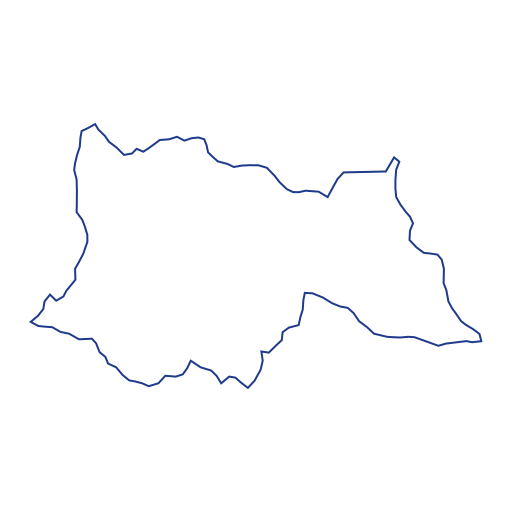 Pratânia, São Paulo, Brazil (Natural Earth projection)
{"feature_id": "56859067B76551238300478", "entity_name": "Pratânia", "entity_type": "district", "adm_level": 2, "iso_a3": "BRA", "parent_name": "Brazil", "parent_adm1": "São Paulo", "projection": "natural_earth1", "projection_center": [-48.692, -22.816], "detail": "fine", "context": "isolated", "style": "outline", "palette": "blue", "viewbox_px": 512, "rotation_deg": 0, "n_neighbors": 0, "source": "geoboundaries", "source_scale": "gbopen_adm2", "svg_char_len": 2032}
<svg xmlns="http://www.w3.org/2000/svg" viewBox="0 0 512 512"><path d="M481.3,341.2L479.5,334.0L473.2,329.2L465.8,324.8L461.0,321.0L456.2,313.9L452.0,308.2L448.4,301.4L446.3,290.0L443.6,283.2L443.9,268.7L441.7,259.6L437.5,254.6L430.2,253.5L423.9,252.9L416.6,247.5L409.5,240.0L410.0,230.7L413.0,223.3L410.0,216.7L405.8,211.9L400.4,204.6L396.2,197.1L395.4,188.6L395.4,180.4L396.2,169.7L399.3,161.7L394.1,157.4L385.8,171.5L343.6,172.4L337.6,178.9L334.2,185.0L327.6,197.1L318.7,191.7L305.5,190.7L299.4,192.1L293.1,192.1L286.9,189.2L279.5,182.1L274.7,175.9L266.9,167.8L258.5,165.3L249.7,165.2L241.6,165.6L233.9,167.0L227.6,164.0L217.7,161.3L212.9,157.0L208.1,152.4L206.6,145.3L204.2,139.2L198.4,137.5L191.6,138.2L184.4,140.6L177.0,136.8L169.1,139.3L159.8,140.0L154.2,144.2L148.2,148.5L143.3,151.7L136.6,148.8L132.0,153.5L124.0,154.9L116.5,147.5L108.9,141.7L105.0,136.0L98.4,129.6L95.1,124.1L87.7,128.2L81.6,131.1L80.4,138.0L79.8,146.7L77.1,154.9L75.0,163.5L74.2,170.2L76.6,179.5L76.9,190.4L76.8,204.9L76.6,212.1L82.3,219.9L84.7,226.1L87.3,234.7L87.4,241.8L83.2,253.9L78.9,262.1L75.1,268.7L75.4,279.7L70.5,285.7L66.4,290.7L63.4,296.5L56.2,300.7L50.0,294.6L44.5,301.5L43.3,309.1L38.0,315.7L30.7,321.9L38.3,326.0L45.4,326.7L52.3,327.2L60.4,331.9L69.1,333.7L79.0,339.3L91.9,338.7L96.1,343.3L99.6,352.2L105.3,356.8L108.1,363.6L116.2,367.3L122.4,374.8L129.2,380.4L135.3,381.5L142.2,383.3L148.7,386.2L158.4,383.3L165.3,375.8L175.8,376.6L182.7,374.4L187.1,368.4L190.8,360.7L200.6,367.3L211.1,370.5L216.6,375.8L221.2,383.3L229.2,376.6L235.3,377.6L241.4,382.9L247.9,387.9L254.5,380.8L260.6,369.8L262.7,360.7L261.4,351.5L268.8,352.6L276.1,345.4L281.8,340.1L282.6,332.2L288.9,327.6L298.6,325.1L300.6,316.4L302.7,309.8L303.4,300.0L304.8,292.9L312.4,293.3L322.8,297.5L332.1,303.2L340.2,306.5L347.8,307.9L353.5,313.0L359.1,321.2L367.1,327.2L374.0,333.7L387.0,336.8L392.7,337.2L400.2,337.5L408.2,336.8L414.5,337.2L425.4,341.1L438.4,345.8L445.9,343.6L455.0,342.5L466.3,341.1L472.1,342.2L481.3,341.2Z" fill="none" stroke="#1e3a8a" stroke-width="2"/></svg>